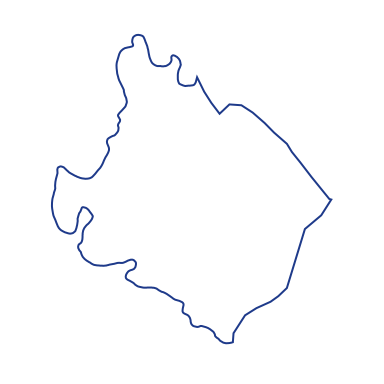 outline of Onsong, Hamgyŏng-bukto, North Korea, rotated 287°
{"feature_id": "82179303B70197071761439", "entity_name": "Onsong", "entity_type": "district", "adm_level": 2, "iso_a3": "PRK", "parent_name": "North Korea", "parent_adm1": "Hamgyŏng-bukto", "projection": "orthographic", "projection_center": [129.959, 42.885], "detail": "fine", "context": "isolated", "style": "outline", "palette": "blue", "viewbox_px": 384, "rotation_deg": 287, "n_neighbors": 0, "source": "geoboundaries", "source_scale": "gbopen_adm2", "svg_char_len": 5856}
<svg xmlns="http://www.w3.org/2000/svg" viewBox="0 0 384 384"><g transform="rotate(287 192 192)"><path d="M225.5,327.4L225.5,325.3L241.2,302.0L251.6,287.4L259.5,275.8L265.8,268.7L272.8,253.1L279.2,241.3L285.7,226.8L289.4,213.9L286.7,202.2L274.9,195.5L282.9,184.4L291.5,174.3L303.2,163.3L297.9,163.5L297.0,163.3L296.2,163.1L295.5,162.8L295.0,162.5L294.3,161.6L293.0,158.7L292.6,157.3L292.0,156.1L291.8,155.5L291.5,155.0L291.4,154.6L291.3,153.7L291.3,152.3L291.6,149.4L291.9,148.1L292.3,147.7L293.6,146.6L295.6,145.5L299.8,144.2L301.2,143.9L303.9,143.6L305.7,143.7L307.6,144.0L310.4,144.1L311.6,143.4L312.1,143.2L314.0,142.1L315.4,140.6L315.7,140.1L316.3,139.0L316.7,138.3L317.3,135.8L317.3,135.3L317.3,134.3L317.1,133.8L316.9,133.5L316.5,133.2L316.0,132.9L315.5,132.8L314.9,132.8L314.3,133.0L312.9,133.6L312.3,133.8L311.7,133.9L310.2,133.8L308.1,133.1L307.7,132.8L306.2,131.6L305.3,130.7L304.9,130.2L304.5,129.5L304.3,128.8L303.9,128.2L303.5,127.0L303.3,125.9L303.2,124.8L302.8,123.7L302.7,123.2L302.5,122.8L302.3,121.9L302.3,121.5L302.4,119.9L302.9,118.0L303.5,116.6L303.9,116.0L304.0,115.8L305.4,114.4L306.4,113.6L307.5,112.7L308.8,111.8L312.1,110.0L315.5,108.3L316.5,107.6L318.3,106.6L321.5,104.1L322.0,103.6L322.8,103.1L324.6,101.7L325.9,100.5L326.4,99.9L326.8,98.8L326.9,97.1L326.8,96.3L326.6,94.9L326.2,93.7L325.8,93.0L325.2,92.2L324.2,91.3L323.2,90.7L322.7,90.5L322.2,90.4L320.5,90.4L318.7,90.7L317.6,91.1L316.6,91.9L315.6,92.6L314.8,92.8L314.3,92.7L313.9,92.4L313.2,91.4L312.1,89.6L311.7,88.7L309.9,85.7L308.4,84.3L306.8,83.3L305.4,82.6L303.9,82.3L302.6,82.1L294.2,82.2L292.7,82.4L290.9,82.8L289.0,83.5L288.6,83.6L283.3,85.9L280.0,88.0L279.6,88.2L277.6,89.6L270.8,96.0L269.6,97.0L268.2,97.5L265.7,99.0L264.8,99.6L263.5,100.8L262.4,101.7L261.8,102.0L259.5,103.2L258.9,103.4L257.5,103.5L256.6,103.4L255.3,103.4L254.3,103.3L253.1,102.8L249.1,100.9L246.6,99.6L244.9,99.0L244.5,98.8L244.1,98.8L243.4,98.9L242.9,99.2L242.4,99.7L241.7,100.5L241.0,101.2L240.4,101.8L240.1,102.1L239.7,102.2L238.9,102.4L238.5,102.4L237.5,102.2L236.0,101.7L234.9,101.6L234.2,101.7L233.8,101.8L232.2,102.9L231.6,103.1L231.0,103.2L229.4,103.5L228.2,103.4L226.6,102.9L224.9,102.1L224.5,102.0L223.6,101.4L223.1,100.9L222.7,100.2L221.8,99.1L220.4,97.7L219.9,97.3L219.4,96.8L218.4,96.1L217.6,95.8L215.7,95.8L214.1,96.4L213.5,96.8L210.8,99.0L210.3,99.4L209.1,100.0L208.0,100.3L207.5,100.4L205.1,100.3L202.4,99.8L199.8,99.1L196.5,98.6L194.1,98.4L192.0,98.1L190.6,97.8L188.4,97.2L187.5,96.8L185.2,95.7L181.1,94.1L178.2,92.7L177.0,92.0L176.6,91.7L175.2,90.1L174.2,88.2L174.0,87.6L173.5,86.3L172.9,82.9L172.8,80.8L172.9,79.8L173.0,77.7L173.3,76.2L173.3,75.6L173.6,74.1L173.7,73.5L173.9,72.8L174.2,71.2L174.8,68.8L175.7,67.0L176.2,65.8L177.0,64.4L177.2,63.9L177.9,62.6L178.1,62.0L178.2,60.8L178.2,59.7L178.1,59.0L177.9,58.5L177.4,57.9L176.5,56.9L176.1,56.7L175.7,56.6L174.2,56.6L170.9,57.8L170.5,57.9L164.6,58.1L161.8,58.4L158.1,59.2L156.2,59.9L155.6,60.1L155.4,60.2L154.0,60.3L151.0,60.2L149.5,60.4L145.2,60.5L143.6,60.7L140.7,61.3L137.5,62.2L135.1,63.2L131.3,65.1L129.3,66.2L128.3,66.9L125.3,69.5L122.7,71.5L119.8,73.9L119.1,74.8L118.7,75.1L117.8,76.6L117.3,77.7L117.1,78.2L116.6,80.5L116.4,81.7L116.3,82.3L116.3,85.6L116.4,87.0L116.6,87.8L117.3,89.2L118.0,90.2L119.6,91.3L120.4,91.8L121.6,91.9L123.9,92.0L125.0,91.9L126.9,91.8L130.8,91.2L133.0,90.4L135.6,90.3L138.6,90.3L139.0,90.4L139.8,90.7L140.7,91.0L142.2,91.1L142.9,91.2L144.1,91.2L144.8,91.3L145.2,91.6L145.6,92.1L145.7,92.8L145.8,94.4L145.8,95.2L145.4,96.6L145.2,97.1L144.2,98.9L143.4,99.8L142.0,101.8L141.0,103.1L139.9,104.2L138.9,104.3L138.3,104.3L136.9,104.2L135.8,103.9L134.3,103.4L132.2,102.5L131.2,102.0L130.2,101.3L129.1,100.7L128.6,100.5L126.3,99.6L125.1,99.4L123.4,99.2L121.5,99.4L120.5,99.5L119.7,99.8L118.9,99.9L116.9,100.5L114.7,101.0L113.2,101.1L111.9,101.0L111.2,100.8L110.5,100.5L110.0,100.0L109.3,99.6L108.8,99.1L108.2,99.0L107.4,99.0L106.8,99.0L106.1,99.2L105.6,99.4L104.9,99.8L104.1,100.6L103.4,101.2L102.2,103.1L101.6,103.6L101.0,103.9L99.8,104.8L98.1,106.4L97.2,107.8L96.5,109.0L95.6,111.3L95.4,112.1L95.0,113.6L94.8,114.3L94.7,115.2L94.1,116.8L93.7,119.1L93.7,119.9L94.1,122.9L94.5,124.3L94.7,125.6L94.9,126.3L95.3,127.7L95.4,128.4L95.6,129.0L96.7,131.7L96.9,131.9L97.8,133.5L98.4,134.3L100.6,138.6L102.4,141.5L103.0,143.1L103.4,144.9L104.0,146.6L104.4,147.1L104.9,147.8L106.0,149.1L107.6,150.7L108.6,152.1L109.4,153.3L109.8,154.5L109.9,155.2L109.8,156.2L109.6,156.7L109.2,157.3L108.8,158.2L108.4,158.6L108.0,159.0L106.8,159.5L105.4,159.7L103.7,159.8L101.9,159.2L101.4,158.9L101.0,158.5L100.2,157.6L99.1,155.9L98.2,155.0L97.8,154.6L97.2,154.2L95.6,153.6L94.9,153.4L93.7,153.2L93.1,153.2L91.9,153.3L91.4,153.5L90.5,153.9L90.0,154.5L89.7,155.0L89.3,156.0L89.2,156.6L88.9,158.5L88.1,161.9L87.7,163.1L86.8,164.7L86.2,166.6L85.9,168.1L86.0,169.9L86.3,173.2L86.6,174.5L87.1,176.2L87.7,177.5L88.8,181.1L89.0,182.6L89.2,183.2L89.3,184.0L89.3,184.7L89.3,185.9L89.2,186.6L88.4,188.9L87.7,192.1L87.8,193.5L87.7,194.6L87.5,195.9L87.1,197.8L86.8,198.7L86.0,201.3L84.9,204.5L84.5,205.4L84.3,206.5L84.1,207.4L84.2,211.9L83.7,215.0L83.2,215.9L82.8,216.3L82.3,216.7L81.2,217.0L78.2,217.2L76.4,217.5L75.3,217.8L74.9,218.0L74.2,218.6L73.8,219.3L73.5,220.4L73.1,223.3L73.0,223.8L72.8,224.3L72.3,225.3L71.9,225.8L71.0,226.8L70.0,227.5L69.0,228.1L67.7,228.6L66.3,229.4L65.3,230.3L64.4,231.9L64.3,232.6L64.2,233.1L64.4,236.0L64.5,236.6L65.1,237.8L66.4,239.4L66.6,240.1L66.7,240.6L66.8,244.8L66.6,247.1L66.2,248.7L66.0,249.5L64.6,253.2L64.1,253.9L63.0,255.0L62.5,255.5L61.4,256.0L61.0,256.3L60.7,256.7L59.9,258.3L59.4,260.1L59.0,260.8L58.1,262.2L57.9,262.7L57.4,264.8L57.2,265.5L57.1,266.2L57.3,268.8L57.6,269.5L58.1,271.0L58.8,272.6L59.1,273.0L59.3,273.5L60.3,275.0L69.1,273.0L89.6,278.8L99.8,287.6L110.0,299.2L117.6,305.0L127.9,310.8L189.6,310.8L207.5,322.4L225.5,327.4Z" fill="none" stroke="#1e3a8a" stroke-width="2"/></g></svg>